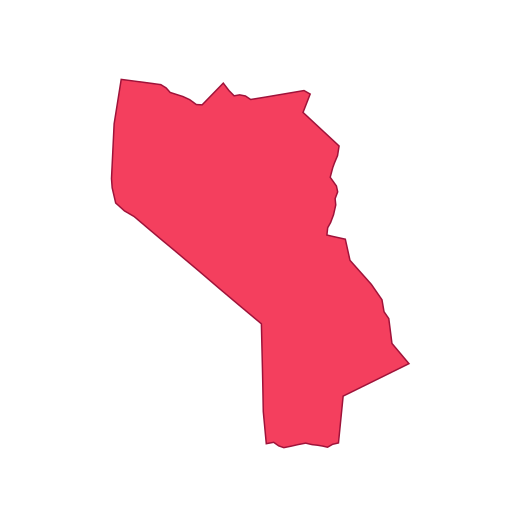 Glória do Goitá, Pernambuco, Brazil, rotated 257°
{"feature_id": "56859067B24226847288398", "entity_name": "Glória do Goitá", "entity_type": "district", "adm_level": 2, "iso_a3": "BRA", "parent_name": "Brazil", "parent_adm1": "Pernambuco", "projection": "albers", "projection_center": [-35.342, -8.009], "detail": "fine", "context": "isolated", "style": "filled", "palette": "rose", "viewbox_px": 512, "rotation_deg": 257, "n_neighbors": 0, "source": "geoboundaries", "source_scale": "gbopen_adm2", "svg_char_len": 1033}
<svg xmlns="http://www.w3.org/2000/svg" viewBox="0 0 512 512"><g transform="rotate(257 256 256)"><path d="M458.4,164.4L416.7,147.5L363.9,132.6L354.8,131.2L347.1,131.2L339.2,131.2L329.5,138.0L321.9,146.1L305.0,158.7L292.1,168.4L280.4,177.3L255.4,196.1L231.7,213.6L212.1,228.3L188.7,246.0L141.2,236.2L125.9,233.0L102.8,228.1L70.8,223.8L70.5,231.3L65.9,235.4L63.0,240.0L62.8,247.2L62.8,254.4L62.5,262.3L59.6,268.2L57.9,273.1L55.8,278.2L53.6,282.7L55.3,288.3L55.3,294.3L99.9,309.4L116.7,380.8L140.2,368.8L165.1,371.3L172.9,368.2L185.0,368.9L202.4,362.0L223.1,350.7L230.6,346.6L252.3,346.8L258.0,334.8L260.5,329.8L267.4,332.2L271.8,336.2L278.7,340.8L287.8,345.2L294.1,346.0L300.1,350.0L306.1,350.1L316.0,346.0L324.9,350.7L329.2,353.5L335.4,358.0L344.5,361.7L385.3,334.1L401.6,345.2L406.4,340.0L408.7,301.0L409.7,286.0L414.3,281.7L416.7,276.3L417.0,270.7L423.2,266.9L431.8,263.0L415.4,237.5L417.0,231.9L423.2,226.6L427.8,220.7L434.7,209.1L439.9,206.3L444.4,201.8L458.4,164.4Z" fill="#f43f5e" stroke="#9f1239" stroke-width="1.5"/></g></svg>